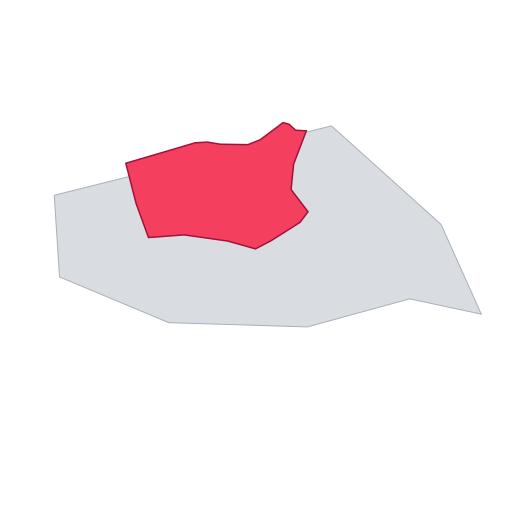 Saint Andrew highlighted on a map of Grenada, rotated 250°
{"feature_id": "GRD-5070", "entity_name": "Saint Andrew", "entity_type": "Parish", "adm_level": 1, "iso_a3": "GRD", "parent_name": "Grenada", "parent_adm1": "", "projection": "robinson", "projection_center": [-61.639, 12.124], "detail": "fine", "context": "in_parent", "style": "filled", "palette": "rose", "viewbox_px": 512, "rotation_deg": 250, "n_neighbors": 0, "source": "natural_earth", "source_scale": "10m", "svg_char_len": 591}
<svg xmlns="http://www.w3.org/2000/svg" viewBox="0 0 512 512"><g transform="rotate(250 256 256)"><path d="M222.4,440.7L124.3,447.8L163.2,385.7L171.8,280.0L223.2,151.2L303.5,64.2L382.1,87.2L352.5,371.4L222.4,440.7Z" fill="#d9dde1" stroke="#a8b0b8" stroke-width="1"/><path d="M387.7,165.4L383.2,237.5L379.7,249.2L373.2,260.8L363.4,286.5L363.8,299.6L372.1,327.1L368.4,332.2L360.7,336.2L356.4,346.1L329.5,322.8L306.5,311.7L279.8,320.0L272.6,309.0L265.3,275.9L262.9,257.9L279.8,234.4L300.4,195.8L310.1,161.3L346.4,161.3L387.7,165.4Z" fill="#f43f5e" stroke="#9f1239" stroke-width="1.5"/></g></svg>